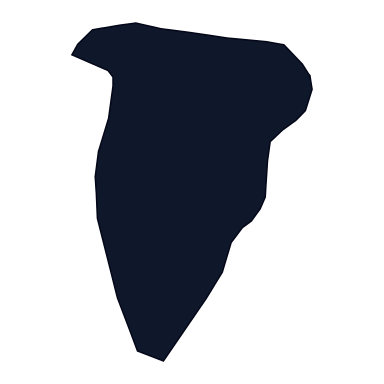 outline of Leewehpea-Mahn, Nimba, Liberia
{"feature_id": "62588387B51124182778876", "entity_name": "Leewehpea-Mahn", "entity_type": "district", "adm_level": 2, "iso_a3": "LBR", "parent_name": "Liberia", "parent_adm1": "Nimba", "projection": "natural_earth1", "projection_center": [-8.897, 7.043], "detail": "fine", "context": "isolated", "style": "filled", "palette": "ink", "viewbox_px": 384, "rotation_deg": 0, "n_neighbors": 0, "source": "geoboundaries", "source_scale": "gbopen_adm2", "svg_char_len": 1032}
<svg xmlns="http://www.w3.org/2000/svg" viewBox="0 0 384 384"><path d="M71.9,54.8L108.0,70.5L113.0,77.0L113.0,86.0L112.2,91.9L108.6,118.3L99.6,147.9L99.2,149.1L98.5,151.3L97.7,157.5L95.4,175.3L95.2,176.5L96.1,190.2L96.3,192.7L97.4,218.4L102.4,238.2L111.1,272.6L116.3,293.4L117.5,298.0L122.3,310.6L130.5,332.2L137.5,351.0L162.2,360.5L163.4,361.0L186.6,327.1L201.3,305.6L201.8,304.9L206.1,298.6L210.6,291.3L211.0,290.7L214.4,285.0L222.3,272.2L226.0,259.7L231.2,242.4L232.1,241.3L235.1,237.3L242.4,227.6L250.0,222.0L251.3,221.1L260.2,208.8L265.2,197.2L265.5,193.2L265.7,188.9L267.5,161.0L270.2,141.6L272.5,139.5L282.5,130.0L295.9,120.3L299.8,116.4L305.4,110.6L312.1,89.3L311.2,83.8L310.1,76.8L309.6,77.0L309.9,75.4L308.8,74.3L302.2,63.9L300.3,62.0L283.9,44.8L276.5,43.5L266.5,41.7L264.3,41.5L233.7,38.6L227.7,38.1L210.0,35.4L189.3,32.4L167.9,29.6L166.7,29.5L160.8,28.7L139.2,23.8L135.8,23.0L131.0,23.7L120.2,25.1L104.4,27.8L102.2,28.1L92.5,29.8L77.8,44.2L76.3,46.9L71.9,54.8Z" fill="#0f172a" stroke="#020617" stroke-width="1.5"/></svg>